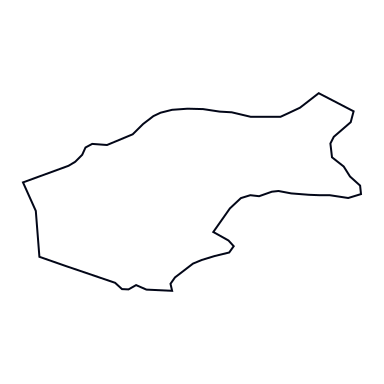 the district of João Dias, Rio Grande do Norte, Brazil
{"feature_id": "56859067B63988167258513", "entity_name": "João Dias", "entity_type": "district", "adm_level": 2, "iso_a3": "BRA", "parent_name": "Brazil", "parent_adm1": "Rio Grande do Norte", "projection": "albers", "projection_center": [-37.823, -6.289], "detail": "fine", "context": "isolated", "style": "outline", "palette": "ink", "viewbox_px": 384, "rotation_deg": 0, "n_neighbors": 0, "source": "geoboundaries", "source_scale": "gbopen_adm2", "svg_char_len": 837}
<svg xmlns="http://www.w3.org/2000/svg" viewBox="0 0 384 384"><path d="M172.1,290.8L170.5,283.8L175.0,277.4L193.0,263.6L201.7,260.0L214.4,256.1L229.2,252.5L233.7,246.2L228.5,240.5L213.3,232.0L229.9,208.4L240.9,198.1L250.3,195.2L259.1,196.2L271.9,191.7L278.5,191.0L291.2,193.4L309.1,194.8L319.4,195.2L329.7,195.2L348.2,198.0L361.0,194.1L360.1,185.6L350.0,176.5L343.7,166.5L332.0,157.3L330.4,143.5L333.8,136.8L350.7,122.2L353.6,111.3L318.7,93.2L300.0,107.7L287.9,113.4L280.5,116.8L250.7,116.8L231.7,112.3L219.6,111.6L203.1,109.1L187.6,108.7L172.1,109.8L160.6,112.7L153.4,116.1L143.1,124.0L132.7,134.3L107.0,145.0L92.2,143.9L85.5,147.5L82.2,154.8L75.2,161.8L68.5,165.8L23.0,182.4L35.8,210.9L39.4,256.8L66.0,266.1L115.1,282.8L122.0,289.1L128.5,289.4L136.1,285.1L146.4,289.6L172.1,290.8Z" fill="none" stroke="#020617" stroke-width="2"/></svg>